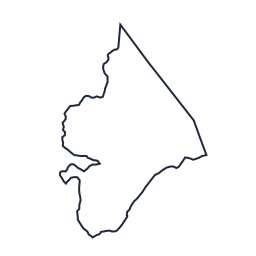 the district of San Pedro Ocotepec, Oaxaca, Mexico, rotated 352°
{"feature_id": "50627088B407128365288", "entity_name": "San Pedro Ocotepec", "entity_type": "district", "adm_level": 2, "iso_a3": "MEX", "parent_name": "Mexico", "parent_adm1": "Oaxaca", "projection": "equal_earth", "projection_center": [-95.854, 16.976], "detail": "fine", "context": "isolated", "style": "outline", "palette": "slate", "viewbox_px": 256, "rotation_deg": 352, "n_neighbors": 0, "source": "geoboundaries", "source_scale": "gbopen_adm2", "svg_char_len": 2203}
<svg xmlns="http://www.w3.org/2000/svg" viewBox="0 0 256 256"><g transform="rotate(352 128 128)"><path d="M73.1,98.8L71.7,100.3L68.7,103.1L67.1,105.0L68.0,107.9L67.4,110.7L63.9,113.9L64.6,118.1L63.3,120.8L65.1,123.4L64.4,126.4L61.6,127.9L61.4,131.1L61.7,133.7L60.9,136.6L62.9,139.0L64.8,140.5L68.1,144.3L71.0,147.3L74.8,148.4L77.8,149.3L80.5,149.5L83.0,150.0L83.9,151.5L84.4,152.2L85.3,152.6L86.2,153.0L87.0,153.7L88.1,154.1L88.9,155.0L91.4,155.5L93.3,156.3L95.1,159.4L91.2,159.8L87.8,159.2L84.2,160.6L82.2,162.5L78.4,164.8L76.2,162.9L73.0,160.6L69.5,156.7L68.0,156.2L66.3,156.0L63.6,158.0L61.6,160.8L61.1,161.5L60.1,162.4L59.1,162.0L56.9,161.7L55.5,161.9L54.3,163.2L54.1,165.5L55.5,168.2L57.0,172.0L58.8,174.4L60.3,172.7L62.7,171.1L64.6,169.3L68.6,169.2L71.0,169.8L72.9,173.2L72.0,177.3L71.0,182.0L70.8,186.0L71.1,190.1L71.0,192.8L69.1,197.6L68.5,201.3L66.0,203.4L66.0,207.2L65.6,211.8L68.0,217.4L69.9,221.3L73.4,224.9L74.3,228.0L75.7,229.2L76.4,229.8L77.7,231.4L82.0,229.7L84.5,229.3L86.4,228.0L86.7,227.2L87.9,227.0L89.3,227.1L92.8,226.9L96.3,227.2L97.4,228.2L100.4,228.6L102.8,228.0L105.7,225.6L108.8,222.7L114.6,216.1L115.1,215.0L114.6,214.4L115.5,211.0L118.0,209.1L120.3,205.4L121.8,203.7L123.7,201.5L126.9,199.4L130.6,195.9L133.1,193.7L137.0,189.1L148.0,178.4L152.4,176.9L156.6,174.4L160.7,172.6L165.3,172.0L168.1,172.7L170.3,174.4L172.8,173.5L176.3,169.9L178.1,167.9L180.4,165.2L182.5,165.6L186.1,167.2L188.2,168.5L193.6,167.5L196.6,166.3L199.0,165.9L201.9,165.7L199.7,155.7L197.4,145.3L196.9,142.5L194.2,129.7L159.9,70.3L158.7,68.4L134.8,24.6L129.6,47.1L128.2,48.5L126.6,48.6L125.4,48.6L124.1,49.2L123.3,49.5L122.6,49.9L121.8,50.6L120.1,51.2L118.7,52.2L118.2,52.9L118.0,53.3L118.0,53.9L118.1,54.6L118.4,55.1L118.5,55.9L118.3,57.0L117.7,57.9L117.0,58.8L116.3,59.5L114.8,60.5L113.9,60.7L113.2,61.1L112.9,61.4L112.6,62.0L112.3,62.6L111.9,64.1L111.7,66.6L112.1,68.4L112.4,70.3L114.9,74.2L114.6,76.3L114.2,79.5L113.9,80.4L113.3,80.9L112.4,83.0L110.8,85.8L110.1,88.2L109.1,90.1L107.4,93.5L105.1,94.1L101.2,92.3L98.9,93.2L96.2,92.9L93.8,91.0L91.0,90.3L88.6,91.4L85.8,94.6L84.0,96.3L82.9,98.1L81.5,98.5L80.0,98.2L77.2,98.4L73.9,98.1L73.1,98.8Z" fill="none" stroke="#1e293b" stroke-width="2"/></g></svg>